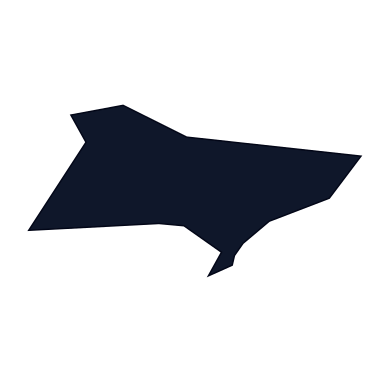 the Municipality of Ruše, rotated 203°
{"feature_id": "SVN-219", "entity_name": "Ruše", "entity_type": "Municipality", "adm_level": 1, "iso_a3": "SVN", "parent_name": "Slovenia", "parent_adm1": "", "projection": "equal_earth", "projection_center": [15.487, 46.52], "detail": "fine", "context": "isolated", "style": "filled", "palette": "ink", "viewbox_px": 384, "rotation_deg": 203, "n_neighbors": 0, "source": "natural_earth", "source_scale": "10m", "svg_char_len": 360}
<svg xmlns="http://www.w3.org/2000/svg" viewBox="0 0 384 384"><g transform="rotate(203 192 192)"><path d="M333.5,215.5L289.3,244.8L218.4,240.4L50.5,291.0L63.2,240.0L109.5,195.3L125.0,164.7L128.1,150.1L126.4,140.4L144.1,121.3L141.3,148.1L186.2,157.8L210.2,150.1L327.3,93.0L309.0,196.4L333.5,215.5Z" fill="#0f172a" stroke="#020617" stroke-width="1.5"/></g></svg>